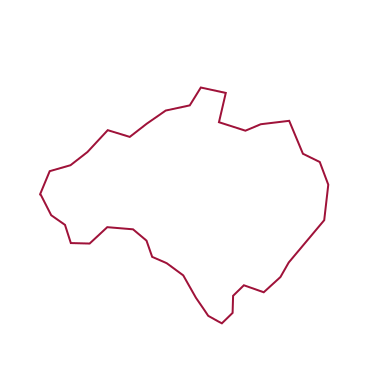 the district of Alampra, Nicosia, Cyprus, rotated 40°
{"feature_id": "46923920B79876706126113", "entity_name": "Alampra", "entity_type": "district", "adm_level": 2, "iso_a3": "CYP", "parent_name": "Cyprus", "parent_adm1": "Nicosia", "projection": "robinson", "projection_center": [33.406, 34.989], "detail": "fine", "context": "isolated", "style": "outline", "palette": "rose", "viewbox_px": 384, "rotation_deg": 40, "n_neighbors": 0, "source": "geoboundaries", "source_scale": "gbopen_adm2", "svg_char_len": 763}
<svg xmlns="http://www.w3.org/2000/svg" viewBox="0 0 384 384"><g transform="rotate(40 192 192)"><path d="M311.4,128.6L291.7,98.8L270.6,86.9L252.4,91.4L220.7,75.0L201.1,95.9L193.5,110.7L167.8,121.2L154.2,94.4L131.6,106.3L133.1,116.6L134.6,127.1L119.5,146.5L113.4,168.9L108.9,189.8L87.7,198.8L86.2,228.6L81.7,249.6L69.6,267.5L77.1,291.4L77.7,291.6L78.1,291.4L99.1,300.3L115.0,298.9L115.8,298.8L132.0,309.0L146.7,297.3L149.7,273.4L170.8,258.5L187.5,258.5L188.4,258.5L203.2,267.3L216.6,263.3L217.4,263.1L218.4,262.8L238.9,261.5L263.0,270.5L278.1,274.7L283.9,276.4L284.2,276.4L295.2,274.3L299.3,273.4L300.8,258.5L290.2,245.1L291.7,230.1L311.4,222.7L314.4,200.3L311.4,183.8L311.4,161.4L311.4,145.0L311.4,128.6Z" fill="none" stroke="#9f1239" stroke-width="2"/></g></svg>